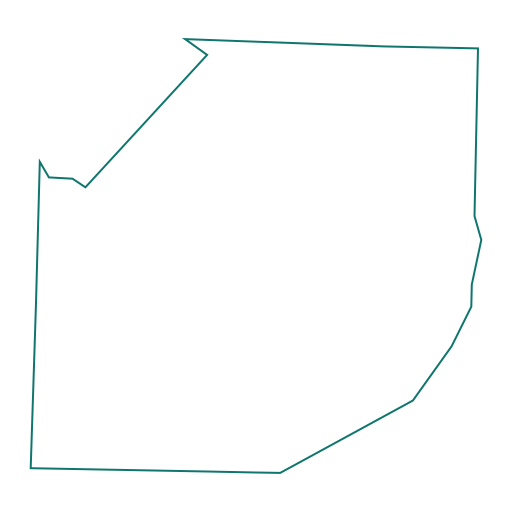 Madison, Tennessee, United States of America (Natural Earth projection)
{"feature_id": "52423323B23237187605689", "entity_name": "Madison", "entity_type": "district", "adm_level": 2, "iso_a3": "USA", "parent_name": "United States of America", "parent_adm1": "Tennessee", "projection": "natural_earth1", "projection_center": [-88.842, 35.612], "detail": "fine", "context": "isolated", "style": "outline", "palette": "teal", "viewbox_px": 512, "rotation_deg": 0, "n_neighbors": 0, "source": "geoboundaries", "source_scale": "gbopen_adm2", "svg_char_len": 356}
<svg xmlns="http://www.w3.org/2000/svg" viewBox="0 0 512 512"><path d="M39.8,161.8L36.0,303.1L30.7,468.2L206.9,471.5L255.7,472.5L280.2,472.9L412.9,400.5L451.6,346.3L471.3,306.7L471.8,284.5L481.3,239.9L474.5,216.1L478.0,48.4L383.4,46.4L185.1,39.1L207.1,54.9L85.4,187.3L72.5,178.7L48.9,177.4L39.8,161.8Z" fill="none" stroke="#0f766e" stroke-width="2"/></svg>